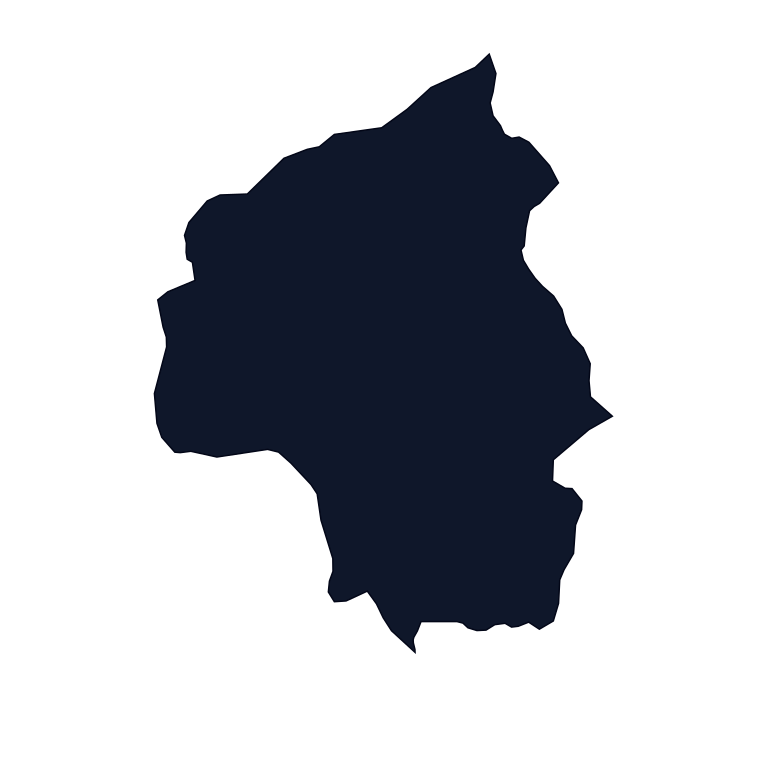 outline of Çorum, rotated 162°
{"feature_id": "TUR-2291", "entity_name": "Çorum", "entity_type": "Province", "adm_level": 1, "iso_a3": "TUR", "parent_name": "Turkey", "parent_adm1": "", "projection": "albers", "projection_center": [34.616, 40.609], "detail": "fine", "context": "isolated", "style": "filled", "palette": "ink", "viewbox_px": 768, "rotation_deg": 162, "n_neighbors": 0, "source": "natural_earth", "source_scale": "10m", "svg_char_len": 1491}
<svg xmlns="http://www.w3.org/2000/svg" viewBox="0 0 768 768"><g transform="rotate(162 384 384)"><path d="M312.0,102.8L320.0,112.8L331.2,112.1L337.8,113.4L342.8,119.0L353.0,120.9L363.0,118.4L371.8,120.8L379.5,126.2L382.8,132.2L388.0,135.5L422.2,146.6L428.5,138.9L433.9,133.9L435.3,131.7L436.1,128.7L436.6,122.0L437.4,119.2L453.1,147.0L457.0,161.9L459.1,177.3L463.9,192.2L487.1,189.4L498.5,192.3L501.2,203.4L496.8,213.4L490.4,221.6L486.6,233.8L486.0,273.9L481.5,300.2L484.5,311.0L497.0,337.6L505.3,351.8L514.9,357.8L565.5,366.2L588.5,379.7L599.0,381.7L604.0,383.8L611.8,401.9L612.1,416.7L605.3,445.9L579.3,486.4L576.5,495.9L576.5,506.4L573.2,533.9L561.0,538.5L531.7,540.9L528.6,559.0L532.6,563.5L531.5,570.4L528.4,579.1L527.8,587.0L519.6,597.9L495.6,612.7L481.5,614.4L455.3,606.9L409.4,629.6L384.5,630.9L372.3,629.6L354.1,636.7L307.0,628.4L277.1,638.1L247.7,651.4L199.4,656.9L182.0,665.2L181.6,644.7L190.0,628.1L196.2,618.5L197.4,605.4L193.4,593.7L193.0,589.0L192.3,584.4L186.6,578.2L179.2,577.1L171.5,569.2L159.1,540.5L155.9,521.4L180.1,507.8L186.4,506.4L192.0,503.8L200.8,488.6L208.0,472.0L212.3,469.1L213.2,458.6L210.9,448.5L207.6,437.8L203.1,427.9L195.5,415.2L191.7,400.0L192.7,385.8L190.6,371.8L183.4,356.8L181.6,339.6L188.0,323.8L191.6,308.0L176.8,282.8L203.3,277.3L246.4,259.6L253.7,239.7L244.0,228.9L237.5,226.4L231.9,211.5L234.9,203.4L245.4,190.7L256.1,164.3L270.2,151.7L277.4,143.4L285.8,121.4L296.2,106.3L312.0,102.8Z" fill="#0f172a" stroke="#020617" stroke-width="1.5"/></g></svg>